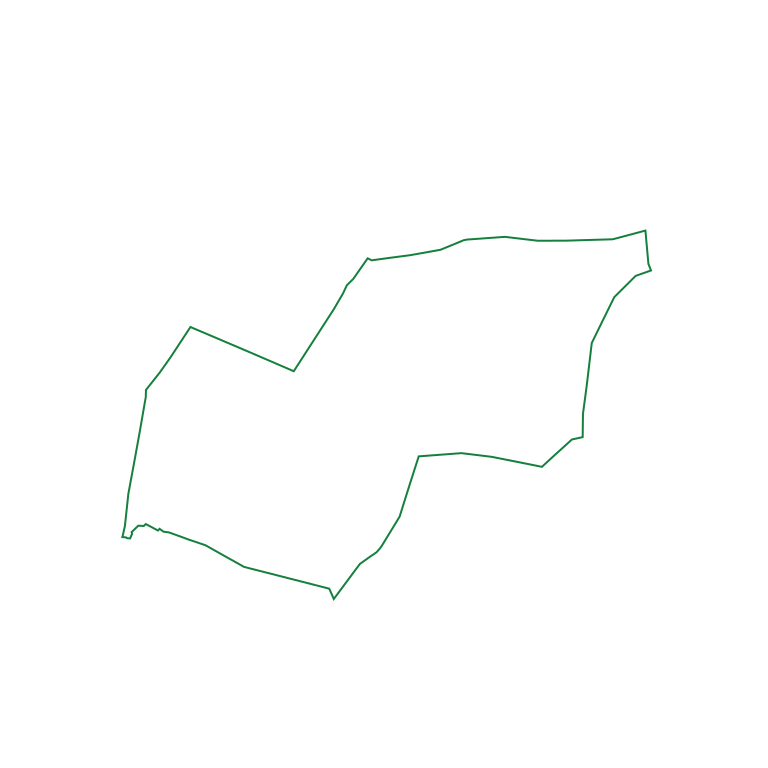 San Pedro Totolápam, Oaxaca, Mexico (orthographic projection), rotated 143°
{"feature_id": "50627088B25351839597383", "entity_name": "San Pedro Totolápam", "entity_type": "district", "adm_level": 2, "iso_a3": "MEX", "parent_name": "Mexico", "parent_adm1": "Oaxaca", "projection": "orthographic", "projection_center": [-96.209, 16.658], "detail": "fine", "context": "isolated", "style": "outline", "palette": "green", "viewbox_px": 768, "rotation_deg": 143, "n_neighbors": 0, "source": "geoboundaries", "source_scale": "gbopen_adm2", "svg_char_len": 1233}
<svg xmlns="http://www.w3.org/2000/svg" viewBox="0 0 768 768"><g transform="rotate(143 384 384)"><path d="M451.3,268.7L437.5,278.6L424.6,287.8L418.7,292.0L416.5,293.5L414.0,295.3L399.8,305.3L363.8,282.2L341.8,261.0L307.7,222.8L294.7,224.1L267.3,226.6L257.3,222.0L243.0,240.5L234.2,249.4L222.5,261.3L193.4,291.7L170.4,303.4L147.8,314.8L117.9,318.9L102.4,314.0L100.6,320.7L82.9,349.2L114.2,361.9L151.9,388.6L161.8,396.0L174.9,405.8L188.4,418.7L198.8,428.7L227.7,447.4L230.6,449.3L233.9,450.9L248.2,454.6L258.1,457.2L285.7,471.2L302.8,480.9L319.4,490.2L321.4,494.2L345.4,486.4L354.3,485.2L362.0,481.1L378.9,474.0L448.4,448.5L462.9,474.0L472.6,491.0L504.3,546.0L509.3,544.2L538.4,533.8L555.9,528.2L577.7,522.5L582.2,516.8L585.7,513.6L608.3,492.4L627.9,474.3L637.4,465.6L654.2,450.2L676.4,426.5L684.4,419.7L685.1,419.2L682.4,416.8L681.9,415.4L679.7,413.5L675.3,416.0L674.7,417.6L665.5,418.7L661.3,415.2L658.5,415.5L652.7,403.0L650.4,403.4L648.9,398.7L645.0,394.8L636.7,382.1L633.7,377.4L630.1,372.2L623.6,362.6L615.2,343.4L605.8,322.1L550.9,253.5L553.5,242.5L537.2,247.3L519.5,252.5L511.5,254.8L499.3,254.5L491.3,254.1L485.9,255.2L483.9,255.8L469.2,261.6L459.6,265.4L451.3,268.7Z" fill="none" stroke="#15803d" stroke-width="2"/></g></svg>